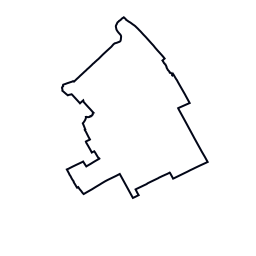 outline of Sadova, Dolj, Romania, rotated 44°
{"feature_id": "2599482B91808724077268", "entity_name": "Sadova", "entity_type": "district", "adm_level": 2, "iso_a3": "ROU", "parent_name": "Romania", "parent_adm1": "Dolj", "projection": "natural_earth1", "projection_center": [23.935, 43.87], "detail": "fine", "context": "isolated", "style": "outline", "palette": "ink", "viewbox_px": 256, "rotation_deg": 44, "n_neighbors": 0, "source": "geoboundaries", "source_scale": "gbopen_adm2", "svg_char_len": 4933}
<svg xmlns="http://www.w3.org/2000/svg" viewBox="0 0 256 256"><g transform="rotate(44 128 128)"><path d="M140.1,206.2L141.1,206.3L141.7,206.3L142.0,206.3L142.9,203.1L144.7,197.0L145.7,193.0L147.1,187.8L147.4,186.5L148.6,182.1L149.5,179.4L152.7,170.7L153.1,169.5L154.0,166.8L156.6,167.6L160.5,168.8L169.2,171.5L180.1,174.9L181.0,172.6L181.8,170.3L182.3,168.9L180.1,168.3L176.4,167.0L176.1,166.9L176.5,165.7L178.3,160.9L179.3,158.2L180.4,155.3L180.5,154.3L181.1,152.6L181.7,150.9L184.6,143.1L184.7,142.6L184.9,141.9L185.3,140.9L186.3,138.2L186.7,137.3L187.1,136.2L188.1,133.8L188.9,131.5L189.0,131.1L189.3,131.1L194.8,132.8L195.6,133.1L195.8,132.7L196.8,129.9L200.0,121.1L201.1,118.1L202.1,115.1L203.2,112.2L204.2,109.4L204.4,108.9L206.2,104.1L208.2,99.0L208.9,97.1L203.4,95.4L197.3,93.7L194.8,92.9L192.8,92.3L182.4,89.1L180.9,88.6L165.1,83.6L158.7,81.6L151.6,79.4L150.3,78.9L150.5,78.3L155.0,67.2L147.3,64.8L145.8,64.3L142.0,63.2L135.1,61.2L131.1,60.0L130.4,59.7L130.0,59.6L129.3,59.5L128.0,59.2L124.1,58.1L123.2,57.9L123.4,58.2L123.4,58.4L123.4,58.5L123.5,58.7L123.5,58.9L123.5,59.4L123.0,59.4L122.6,58.8L122.5,58.6L122.4,58.6L122.1,58.5L121.9,58.5L121.7,58.5L121.3,58.6L121.2,58.6L120.9,58.6L120.6,58.6L120.4,58.6L120.2,58.9L120.0,59.1L119.9,59.1L119.7,59.2L119.4,59.0L119.2,59.0L119.1,58.9L118.9,58.8L118.7,58.8L118.6,58.7L118.4,58.7L118.1,58.6L117.8,58.6L117.7,58.6L117.4,58.6L117.0,58.6L116.9,58.6L116.7,58.6L116.3,58.5L116.2,58.5L116.1,58.4L115.7,58.3L114.4,58.0L114.2,57.8L113.8,57.7L113.6,57.6L113.5,57.4L113.2,57.2L112.9,57.2L112.7,57.1L112.3,56.8L112.1,56.7L111.9,56.7L111.7,56.6L111.4,56.6L111.2,56.5L110.8,56.4L110.7,56.3L110.4,56.4L110.1,56.4L109.7,56.3L109.3,56.3L109.2,56.2L108.8,56.3L108.2,56.1L107.9,56.0L107.3,55.8L106.9,55.8L106.5,55.6L105.9,55.5L106.0,54.5L106.0,53.5L106.1,52.6L105.5,52.5L104.6,52.4L104.1,52.3L103.9,52.3L103.5,52.3L103.2,52.3L103.1,52.2L98.6,51.9L95.3,51.7L91.9,51.4L89.0,51.0L85.5,50.8L77.3,50.2L74.1,50.1L69.7,49.8L68.2,49.8L66.3,49.7L64.8,49.7L63.3,49.7L63.1,49.7L62.8,49.7L62.1,49.7L61.7,49.8L60.6,49.9L59.7,50.1L57.2,50.4L56.0,50.6L55.2,50.8L54.5,51.0L53.7,51.1L52.3,51.3L51.8,51.5L51.3,51.4L50.8,51.3L50.2,51.2L48.9,51.3L48.1,51.3L48.0,52.0L47.9,52.2L47.9,52.4L47.8,52.5L47.6,53.6L47.6,55.6L47.6,55.8L47.5,56.0L47.4,56.2L47.4,56.5L47.2,57.1L47.2,57.4L47.3,57.9L47.1,59.1L47.4,60.4L47.6,60.9L47.7,61.1L47.9,61.4L48.0,62.2L48.2,62.7L48.7,63.4L51.3,65.2L52.4,65.5L53.6,65.8L54.5,65.9L55.2,66.0L55.5,66.0L56.7,66.1L57.5,66.1L58.2,66.3L58.8,66.5L59.4,66.9L59.7,67.2L61.2,69.1L61.5,69.5L62.0,70.4L62.1,70.8L62.1,71.0L62.0,71.9L61.8,72.1L61.6,72.5L61.4,73.1L61.1,73.6L60.9,74.2L60.3,75.2L60.1,75.7L59.9,75.9L59.6,76.4L59.4,78.0L59.6,81.1L59.2,87.2L58.9,92.5L58.8,98.8L58.6,100.6L58.5,102.5L58.4,103.4L58.4,104.5L58.2,106.2L58.2,107.0L58.2,108.0L58.1,110.0L58.0,112.0L57.8,114.2L57.8,115.8L57.6,118.2L57.6,118.7L57.4,122.6L57.3,123.5L57.3,124.7L57.2,126.8L57.1,128.0L57.0,130.6L56.9,132.2L56.5,132.3L56.0,132.4L56.0,132.6L55.6,133.4L55.2,134.2L54.5,135.5L53.9,136.7L53.2,138.0L52.8,138.9L52.2,140.1L51.4,141.7L51.3,141.9L51.8,142.8L52.2,143.2L52.2,143.3L52.3,143.3L52.3,143.5L52.4,144.0L52.4,144.6L52.5,144.8L52.6,145.0L53.4,145.4L54.1,145.9L54.4,146.2L54.6,146.4L54.9,146.8L55.8,146.7L59.6,146.5L62.0,146.3L62.6,145.0L63.2,144.2L64.0,142.9L65.4,142.9L66.7,143.0L71.9,143.3L75.2,143.5L76.3,143.6L76.3,143.1L76.6,139.2L76.8,139.3L77.3,139.6L77.7,140.0L78.2,140.1L79.7,140.2L82.2,140.4L85.5,140.6L87.8,140.7L90.4,140.9L92.5,141.0L92.4,141.2L92.3,141.4L92.2,141.6L92.3,141.8L92.5,142.0L92.8,142.2L93.0,142.4L93.1,142.6L93.3,142.8L93.3,143.0L93.2,143.2L93.2,143.5L93.3,143.7L93.3,144.1L93.4,144.4L93.3,144.7L93.0,145.0L93.1,145.5L92.8,145.6L92.6,145.8L92.6,146.1L92.6,146.4L92.5,146.6L92.6,146.8L92.4,147.1L92.2,147.4L91.9,147.8L91.6,148.1L91.1,148.4L90.6,148.7L90.3,148.9L90.0,149.3L90.6,149.8L91.1,150.7L91.7,152.3L92.2,155.0L92.2,156.0L94.3,156.9L96.3,157.8L97.5,158.4L98.3,158.7L98.2,159.4L100.5,160.0L103.0,160.9L106.2,162.0L108.0,162.5L108.6,162.7L108.3,163.8L107.8,164.9L107.1,167.0L108.2,167.6L109.4,167.9L109.8,168.0L111.1,168.4L112.3,168.7L113.5,169.1L114.6,169.4L116.0,169.8L119.0,170.8L119.2,170.1L119.9,168.2L121.5,168.5L125.8,169.7L127.2,170.0L127.5,170.1L127.9,169.9L128.1,169.9L128.4,169.8L128.7,169.9L128.6,170.5L128.2,171.7L127.7,173.4L126.9,176.3L126.1,179.5L124.9,183.8L124.7,184.6L122.8,184.2L119.0,183.3L118.8,184.1L117.4,187.8L116.3,190.7L114.9,194.5L114.5,195.7L114.1,196.8L113.6,198.4L112.8,200.3L115.0,201.0L115.9,201.3L117.3,201.7L117.4,201.8L117.6,201.9L117.8,202.0L118.7,202.3L118.9,202.3L119.1,202.3L119.4,202.4L119.6,202.4L120.2,202.6L120.7,202.8L121.2,202.9L121.9,203.2L123.9,203.8L124.2,203.8L125.5,204.1L125.9,204.1L126.1,204.2L126.2,204.3L126.3,204.5L126.7,204.6L127.0,204.8L128.2,205.1L129.1,205.3L130.8,205.8L132.3,206.2L132.9,206.3L133.2,205.1L133.8,205.2L135.1,205.5L136.6,205.7L137.9,205.8L140.1,206.2Z" fill="none" stroke="#020617" stroke-width="2"/></g></svg>